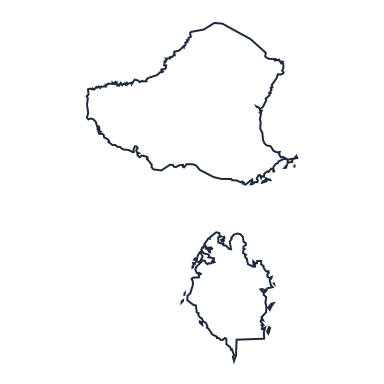 outline of Bombana, Sulawesi Tenggara, Indonesia
{"feature_id": "22746128B28760414544557", "entity_name": "Bombana", "entity_type": "district", "adm_level": 2, "iso_a3": "IDN", "parent_name": "Indonesia", "parent_adm1": "Sulawesi Tenggara", "projection": "mercator", "projection_center": [121.865, -4.925], "detail": "fine", "context": "isolated", "style": "outline", "palette": "slate", "viewbox_px": 384, "rotation_deg": 0, "n_neighbors": 0, "source": "geoboundaries", "source_scale": "gbopen_adm2", "svg_char_len": 6006}
<svg xmlns="http://www.w3.org/2000/svg" viewBox="0 0 384 384"><path d="M222.2,23.6L214.3,23.0L203.8,29.5L191.1,31.9L190.1,32.8L190.8,36.8L188.5,38.0L188.6,39.8L186.9,40.1L187.5,41.9L185.3,42.7L185.7,44.1L185.2,45.4L183.8,45.8L183.8,47.6L182.6,47.1L179.2,50.6L174.2,51.7L174.7,55.1L173.8,54.8L172.6,56.7L169.9,57.2L170.1,58.4L165.8,58.6L166.6,59.8L165.6,61.7L164.7,61.3L164.2,65.3L166.2,65.5L165.6,68.6L161.6,69.5L162.7,70.9L161.6,71.1L162.1,72.1L160.0,72.3L157.1,75.0L148.0,78.1L146.2,79.9L146.5,81.2L143.0,81.5L142.3,80.8L139.5,82.1L138.3,80.6L134.7,79.6L131.8,83.9L131.7,82.6L127.7,83.9L127.1,83.0L126.7,84.3L125.8,83.7L126.1,84.9L123.6,83.8L122.2,85.2L120.8,82.9L119.1,85.7L117.4,85.5L118.0,84.3L116.5,83.8L116.5,82.6L115.2,83.8L115.0,82.4L113.6,83.7L112.6,82.8L112.7,83.9L108.1,83.6L107.6,84.7L105.6,84.7L105.9,86.5L101.2,86.6L100.2,88.0L98.7,86.4L97.1,87.7L96.3,87.0L94.3,89.4L92.7,88.5L92.4,89.4L90.3,88.6L88.0,89.3L88.5,94.5L86.7,96.3L87.8,98.1L87.0,104.9L88.2,113.0L86.9,117.6L88.4,119.4L90.9,118.5L93.4,119.3L95.8,121.9L97.2,126.7L98.5,126.8L98.9,125.7L99.6,131.2L100.6,131.7L98.8,132.6L99.2,133.9L102.3,133.8L103.6,134.8L104.2,137.5L107.8,139.2L109.1,141.2L108.4,141.9L112.6,145.1L115.3,145.0L117.5,146.9L119.8,146.8L122.6,149.3L128.5,150.0L132.8,152.2L133.9,151.9L133.5,149.6L134.9,146.4L136.5,146.4L137.7,147.9L136.2,150.4L136.9,152.2L138.9,153.2L137.3,153.8L137.4,154.8L139.6,157.3L142.0,155.4L147.3,157.0L147.7,158.9L146.0,159.2L147.5,159.4L151.8,164.8L151.5,167.1L153.5,169.4L161.4,170.4L169.9,164.8L172.8,164.9L173.8,166.7L175.9,167.1L179.3,165.3L183.0,164.9L183.1,167.0L184.1,167.4L186.5,164.2L192.9,164.3L196.0,165.4L199.8,169.9L213.5,177.0L221.2,178.9L231.1,179.0L232.1,180.1L237.1,180.6L240.6,182.3L242.4,181.5L243.7,182.6L242.9,183.6L245.5,184.6L252.1,179.5L252.5,181.2L250.9,184.3L252.6,184.1L254.9,182.1L257.4,182.1L257.8,180.5L256.7,178.8L258.4,175.4L259.9,175.0L261.1,178.0L261.9,176.2L263.9,176.7L264.3,173.8L267.3,171.4L268.5,171.9L271.2,168.7L273.1,169.5L273.5,171.5L274.3,171.0L273.3,169.5L273.5,166.7L276.0,163.7L277.9,163.1L278.5,161.4L284.1,158.9L287.4,159.3L283.1,157.0L280.8,157.3L279.0,154.0L279.7,152.0L277.0,152.4L273.6,150.9L270.5,146.2L266.7,145.4L264.7,143.7L263.0,140.0L262.4,133.2L260.2,128.5L260.7,122.0L259.9,119.7L261.1,113.1L259.9,112.7L261.6,111.0L260.2,110.7L259.8,108.8L258.2,107.4L256.6,106.8L256.4,106.4L260.7,108.8L263.0,106.8L266.3,100.2L265.7,98.8L269.6,95.2L269.2,93.1L270.7,92.9L270.2,91.4L271.6,89.7L270.7,87.9L272.5,87.0L271.7,85.1L276.5,78.3L277.9,74.2L280.1,74.7L283.2,73.5L283.5,72.4L282.2,70.7L283.4,68.0L283.3,63.6L281.9,63.0L282.7,61.7L281.6,61.6L281.0,63.0L279.0,59.7L278.0,60.4L275.9,59.3L275.8,60.4L274.9,60.5L274.5,59.2L268.8,58.8L266.3,57.4L265.2,56.3L265.8,52.8L250.5,39.1L222.2,23.6ZM264.2,338.7L263.8,332.5L265.1,327.7L262.7,329.4L261.8,328.9L262.6,326.6L261.8,325.1L263.3,325.0L260.6,321.3L261.5,319.5L263.0,320.2L261.5,317.2L266.1,312.3L266.4,307.1L265.4,302.5L266.1,298.2L266.0,296.8L263.6,294.8L263.8,293.0L260.5,289.4L262.0,289.0L265.4,290.3L267.4,288.3L272.7,287.1L271.0,285.3L269.8,281.3L269.8,279.2L271.2,278.7L271.7,277.0L269.8,278.0L267.6,276.9L267.2,274.7L268.7,272.9L268.4,271.1L267.1,271.7L265.7,270.9L263.4,267.3L263.6,266.0L261.2,264.5L261.2,261.0L257.2,261.0L257.0,263.2L255.1,263.0L253.3,261.4L253.5,264.6L255.1,265.0L255.1,266.6L253.2,266.7L247.9,264.1L246.8,258.6L245.2,257.3L245.1,255.5L245.9,254.8L242.9,252.9L243.7,249.3L244.5,249.0L243.3,248.1L243.5,246.7L246.0,244.9L245.6,242.9L243.7,242.0L242.8,236.7L240.3,234.2L237.2,233.5L233.8,234.8L231.2,237.9L231.7,238.8L229.7,241.8L231.0,249.2L229.0,248.9L226.0,245.6L223.7,245.4L223.0,244.5L223.8,242.8L222.7,243.8L218.4,242.6L218.3,237.3L221.2,236.5L219.8,236.1L219.3,233.1L216.2,232.3L209.7,237.5L209.9,238.6L208.3,238.5L204.4,244.0L206.6,247.9L211.0,247.4L212.7,249.5L211.3,248.6L209.6,249.6L210.1,252.2L209.2,251.9L207.4,248.7L205.8,248.7L204.9,245.0L202.6,247.3L204.0,247.9L202.3,247.6L201.2,250.0L203.9,253.4L208.6,254.5L209.4,256.3L208.5,257.3L214.0,258.3L213.7,261.3L214.5,262.1L213.3,262.6L212.3,261.0L211.2,263.3L208.3,263.3L207.7,264.2L205.9,263.1L204.8,260.7L201.7,260.2L201.8,261.4L196.1,267.1L195.4,269.6L196.4,272.3L197.6,273.5L199.3,272.8L200.8,274.0L198.9,275.1L198.9,277.4L193.2,277.6L191.6,278.8L192.9,281.6L192.9,285.0L190.2,293.4L187.5,295.8L187.3,300.2L193.6,305.1L195.9,305.4L196.8,312.6L198.6,313.2L198.4,315.3L200.7,318.2L201.7,318.2L203.0,321.1L205.9,323.0L207.4,326.2L206.8,327.6L208.6,328.8L212.2,334.4L217.0,336.8L217.0,338.0L218.9,338.1L220.8,340.0L223.1,339.7L224.7,338.0L226.3,338.7L226.5,344.4L230.2,347.1L231.0,349.7L231.9,349.3L234.0,355.1L232.9,356.7L234.0,361.0L236.0,355.6L236.6,339.7L264.2,338.7ZM199.7,262.0L202.6,256.5L201.1,253.6L201.2,251.7L199.7,252.3L197.7,255.8L196.3,261.6L199.7,262.0ZM269.8,309.8L271.6,305.9L273.6,303.2L271.4,303.7L268.3,307.6L269.8,309.8ZM293.7,158.6L287.6,159.7L287.6,163.5L288.6,162.3L292.2,162.0L292.2,160.1L293.7,158.6ZM268.4,333.6L270.1,328.0L269.1,327.1L267.1,331.7L268.4,333.6ZM266.0,178.2L265.1,180.6L262.8,181.3L262.2,182.7L266.3,181.3L266.2,180.3L268.4,179.5L266.0,178.2ZM202.3,324.8L202.0,322.3L199.8,321.5L199.9,322.7L202.3,324.8ZM98.8,132.0L98.4,127.3L98.2,127.2L97.5,129.2L98.8,132.0ZM297.3,158.0L296.4,155.9L294.2,158.6L297.3,158.0ZM195.1,263.8L194.6,262.9L193.1,262.9L193.8,264.9L195.1,263.8ZM195.2,258.3L194.2,259.7L196.0,260.3L196.2,258.8L195.2,258.3ZM286.1,167.7L286.9,164.8L284.5,167.9L286.1,167.7ZM193.0,267.3L192.7,264.9L192.5,267.6L193.0,267.3ZM181.7,302.4L182.9,301.1L183.0,300.3L181.9,301.1L181.7,302.4ZM223.3,240.0L222.4,239.9L221.3,240.0L221.7,241.2L222.7,241.0L223.3,240.0ZM184.2,295.8L184.7,293.1L184.5,293.3L184.2,295.8ZM223.3,238.4L224.5,238.0L224.3,237.3L223.3,238.4ZM223.9,240.8L223.5,240.2L222.7,241.7L223.9,240.8ZM294.3,167.6L294.6,165.1L294.5,164.8L294.3,167.6ZM264.2,291.9L264.8,292.2L265.3,291.7L264.2,291.9ZM269.9,179.5L269.1,179.8L270.2,180.0L269.9,179.5ZM273.6,283.3L274.0,283.7L273.7,282.6L273.6,283.3Z" fill="none" stroke="#1e293b" stroke-width="2"/></svg>